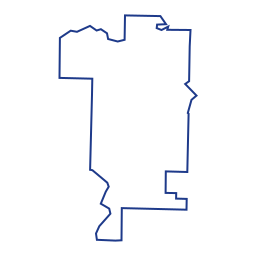 the district of Prairie, Arkansas, United States of America
{"feature_id": "52423323B23335905027720", "entity_name": "Prairie", "entity_type": "district", "adm_level": 2, "iso_a3": "USA", "parent_name": "United States of America", "parent_adm1": "Arkansas", "projection": "natural_earth1", "projection_center": [-91.556, 34.786], "detail": "fine", "context": "isolated", "style": "outline", "palette": "blue", "viewbox_px": 256, "rotation_deg": 0, "n_neighbors": 0, "source": "geoboundaries", "source_scale": "gbopen_adm2", "svg_char_len": 698}
<svg xmlns="http://www.w3.org/2000/svg" viewBox="0 0 256 256"><path d="M96.9,239.8L115.4,240.6L121.5,240.3L121.8,208.1L186.5,209.7L186.7,198.9L176.1,198.6L176.2,193.1L165.6,192.9L165.8,171.4L187.3,172.0L188.6,113.7L187.8,113.0L191.5,99.8L196.5,95.6L185.2,84.0L189.1,81.2L189.7,46.4L190.5,30.0L167.3,29.8L168.2,26.6L161.5,30.0L156.7,28.1L157.1,24.6L166.0,24.2L160.4,16.1L125.0,15.4L124.6,39.8L117.7,41.5L108.1,39.0L107.0,33.3L100.9,29.2L96.6,30.5L90.0,25.9L77.0,31.8L70.7,30.7L59.9,37.9L59.5,77.9L92.3,78.7L92.0,94.8L90.1,169.8L92.4,170.2L107.3,182.7L108.7,186.7L105.8,191.6L100.8,203.7L109.2,208.6L110.4,213.7L99.3,226.2L96.0,233.5L96.9,239.8Z" fill="none" stroke="#1e3a8a" stroke-width="2"/></svg>